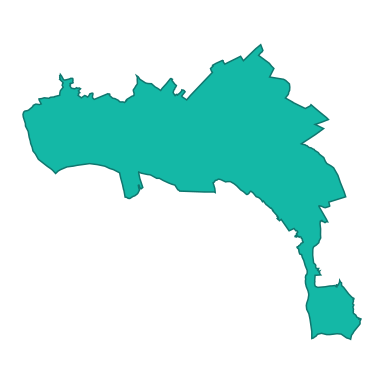 outline of Bozieni, Neamt, Romania
{"feature_id": "2599482B32381271441221", "entity_name": "Bozieni", "entity_type": "district", "adm_level": 2, "iso_a3": "ROU", "parent_name": "Romania", "parent_adm1": "Neamt", "projection": "robinson", "projection_center": [27.175, 46.823], "detail": "fine", "context": "isolated", "style": "filled", "palette": "teal", "viewbox_px": 384, "rotation_deg": 0, "n_neighbors": 0, "source": "geoboundaries", "source_scale": "gbopen_adm2", "svg_char_len": 5874}
<svg xmlns="http://www.w3.org/2000/svg" viewBox="0 0 384 384"><path d="M350.6,339.3L351.5,335.2L353.0,333.2L353.9,331.5L359.9,324.1L360.1,323.1L359.9,321.5L361.0,319.0L359.5,318.4L359.0,319.2L358.8,319.1L358.5,318.0L356.8,317.1L355.8,315.1L353.6,313.4L353.3,312.8L353.2,312.1L353.4,311.3L353.2,310.4L353.5,309.6L353.4,308.8L352.8,306.9L353.5,305.8L353.8,304.9L353.0,304.2L352.7,303.5L353.5,301.0L353.1,299.4L353.9,299.1L353.9,298.4L352.2,297.5L351.3,296.7L348.7,294.0L343.5,287.2L342.1,286.1L341.6,285.1L341.5,282.8L340.6,282.2L339.7,280.5L339.5,282.3L338.0,285.2L337.5,285.4L336.9,284.8L336.6,284.8L336.7,285.8L336.6,286.2L337.0,286.6L336.9,286.9L336.1,286.7L335.0,285.5L332.1,285.9L329.7,286.0L325.0,286.8L317.7,287.4L315.5,286.4L315.0,285.7L314.7,284.3L314.6,282.7L314.9,281.9L314.7,280.5L315.1,275.3L320.7,274.9L319.7,273.7L319.7,272.8L319.0,272.1L319.7,271.0L319.1,271.2L317.9,270.6L317.6,270.2L318.4,269.3L318.7,268.5L316.7,268.6L315.9,267.8L315.6,266.2L315.8,265.5L315.4,264.6L313.6,262.9L312.7,255.2L312.8,249.7L313.0,248.4L313.4,247.3L314.0,246.5L316.1,245.2L318.8,242.7L319.2,240.8L320.7,238.0L320.5,234.7L320.6,228.9L320.0,223.6L320.3,221.2L321.9,220.4L322.1,220.7L322.1,221.4L323.6,221.6L324.4,222.4L325.1,222.6L326.6,221.6L327.6,221.8L326.5,219.5L319.0,206.5L318.9,206.0L319.2,205.8L321.6,206.3L323.9,207.4L325.3,207.7L329.6,206.3L329.7,205.8L328.8,202.1L345.7,196.8L344.1,191.8L340.3,182.4L337.9,175.3L333.6,167.8L331.0,165.9L326.8,163.5L325.3,161.2L323.8,157.6L319.5,154.3L318.3,152.6L314.8,150.4L314.1,149.4L312.9,149.0L311.2,147.9L308.9,147.4L306.9,145.6L305.7,145.4L305.0,144.7L302.8,144.4L301.3,143.8L315.5,134.5L323.6,128.6L315.1,124.4L321.9,122.1L328.4,119.5L326.5,117.6L318.5,111.1L311.0,104.7L310.4,105.7L309.5,106.3L305.3,108.5L292.6,102.3L292.7,102.1L285.4,98.0L288.1,94.6L288.5,93.8L288.7,92.2L289.6,90.4L289.8,87.1L289.4,83.9L285.6,80.4L283.6,79.3L269.6,77.0L273.9,68.5L271.5,66.1L269.3,63.3L258.6,55.4L260.5,53.1L262.1,51.8L262.9,50.4L260.7,44.7L255.9,48.6L243.4,60.7L240.6,56.3L224.8,64.1L223.1,61.6L223.2,60.8L222.5,60.4L216.1,63.3L212.6,65.3L213.1,66.0L210.5,68.5L211.3,70.8L212.4,72.4L190.5,95.4L186.7,99.9L182.3,96.9L181.7,96.0L185.1,91.8L184.2,90.6L182.8,89.9L182.1,90.4L181.7,90.1L181.5,91.2L178.9,94.0L178.3,94.0L177.6,95.1L176.3,94.4L175.1,95.6L173.1,92.6L173.8,90.1L174.6,89.2L175.1,87.7L175.9,86.8L176.4,85.5L174.9,84.3L172.0,80.5L171.9,80.0L172.4,79.3L171.0,78.5L170.4,78.7L166.3,83.8L162.1,88.4L160.7,90.5L157.6,88.3L155.2,87.0L151.5,83.7L147.8,83.5L145.6,83.0L139.9,79.3L138.2,76.8L136.6,75.7L137.4,77.6L137.2,79.2L137.4,83.5L137.1,84.3L135.8,86.0L134.7,88.0L133.4,89.7L133.3,90.7L134.1,93.4L133.9,95.5L133.7,95.7L132.0,96.2L127.0,99.3L126.1,100.3L126.5,100.6L124.5,102.5L123.0,101.9L120.4,102.0L119.3,101.5L118.6,100.5L114.9,98.6L112.6,98.2L109.5,95.4L109.4,94.9L109.8,94.3L109.6,94.0L108.5,94.0L107.9,93.7L94.2,99.4L92.7,98.0L92.4,96.7L93.0,93.9L92.8,93.3L92.1,93.1L89.9,93.8L88.8,95.9L87.6,97.1L85.8,95.9L84.7,95.5L81.4,97.8L78.1,95.4L78.6,94.4L78.4,93.7L78.5,93.4L79.8,92.7L78.4,90.9L80.5,88.8L80.3,88.7L79.4,88.0L77.3,88.3L76.7,87.7L74.7,88.8L71.9,88.3L71.1,87.8L69.8,85.7L70.5,85.0L69.9,83.9L70.0,83.6L70.4,83.3L71.6,83.4L73.1,82.7L72.7,81.6L73.0,80.7L72.8,79.7L73.0,79.1L72.6,78.4L70.8,78.3L69.4,79.0L65.2,80.0L64.2,80.0L63.5,79.6L61.6,76.1L60.4,74.5L60.3,75.2L59.7,75.6L59.9,76.7L59.7,77.8L60.2,78.9L59.7,79.3L63.0,82.5L62.7,83.3L62.9,83.4L62.1,85.2L63.2,87.2L60.4,90.7L59.9,92.7L59.7,95.3L54.6,96.6L54.5,96.9L50.4,97.3L49.0,98.3L44.2,97.8L41.6,98.6L39.0,98.9L39.1,99.9L41.2,103.9L39.5,104.6L35.9,104.1L34.9,104.5L33.2,105.4L32.8,106.5L31.7,107.5L28.6,110.1L27.4,110.6L24.8,111.1L23.7,112.1L23.0,114.4L23.3,117.0L25.4,123.5L25.5,126.1L28.2,131.4L29.2,137.3L30.3,141.1L30.7,143.6L32.1,147.1L33.0,151.0L35.3,153.8L38.4,159.3L47.3,166.3L50.5,168.5L52.5,170.1L55.6,173.5L58.2,171.0L60.6,169.6L67.0,166.9L73.3,166.1L77.2,165.3L89.6,163.6L97.4,164.6L104.9,166.2L109.8,168.5L113.4,169.6L119.6,172.8L120.6,177.6L122.5,184.5L123.6,189.7L123.9,190.2L125.1,197.1L126.5,197.3L128.1,198.3L129.3,198.5L130.0,198.4L132.9,196.5L134.8,195.8L137.1,194.1L137.9,193.2L139.5,190.0L138.8,188.2L138.3,185.3L138.5,185.1L139.1,185.2L139.6,187.4L141.0,188.9L142.8,187.5L139.8,178.4L138.6,172.3L138.7,172.0L141.1,173.1L147.4,174.5L150.3,174.8L156.7,178.3L159.4,178.3L163.3,180.5L168.5,182.9L171.8,184.2L174.9,185.1L177.8,189.7L179.0,190.3L179.7,191.1L204.9,192.0L214.2,192.0L215.2,192.5L214.8,188.5L213.1,182.8L214.4,181.9L215.3,180.4L216.9,180.1L218.0,179.3L218.7,179.1L220.8,179.6L225.6,181.9L227.3,181.6L230.4,181.6L234.2,183.8L236.7,185.8L240.7,189.9L243.4,191.6L246.5,194.4L246.9,194.5L247.7,194.3L248.8,193.4L250.4,191.3L251.1,191.3L253.2,193.0L256.2,196.7L258.4,197.4L259.9,198.4L261.3,199.8L262.5,201.7L263.4,201.0L266.2,204.7L266.7,204.9L270.6,208.2L271.0,208.0L273.1,210.4L272.7,210.7L277.7,216.3L277.2,216.6L278.4,217.9L277.2,218.5L277.9,219.3L278.2,219.1L279.4,220.7L281.2,219.4L289.1,230.8L294.0,228.5L295.9,230.8L296.7,230.6L297.0,230.8L297.8,232.1L296.6,233.5L296.9,233.8L296.2,235.0L296.7,235.1L295.6,236.1L295.3,235.9L295.0,236.2L295.1,236.7L296.7,237.0L297.3,236.3L298.2,236.3L299.2,237.2L300.0,236.6L301.2,237.3L301.4,238.4L302.0,238.6L302.4,239.8L302.4,240.8L303.2,242.0L303.1,242.4L301.1,243.3L300.3,244.7L298.7,245.8L298.4,246.5L297.1,246.9L297.0,247.3L297.4,248.0L298.7,249.2L299.0,251.7L299.6,253.7L300.1,254.3L301.5,254.5L301.7,254.9L302.3,257.4L303.8,260.5L305.2,265.5L307.2,270.5L307.2,273.1L307.0,273.5L306.7,274.7L305.9,275.1L305.4,277.2L305.7,279.1L305.4,280.7L305.5,283.2L306.3,286.7L308.0,290.8L308.7,293.9L308.7,295.3L308.1,299.1L306.7,303.3L306.3,305.6L306.7,309.3L308.9,313.8L310.0,319.0L311.8,331.5L311.8,338.5L313.6,337.9L314.1,337.3L316.0,336.2L317.5,334.3L321.5,333.3L326.7,334.6L329.7,334.6L337.1,333.7L341.2,334.1L346.6,337.9L349.4,338.7L350.6,339.3Z" fill="#14b8a6" stroke="#0f766e" stroke-width="1.5"/></svg>